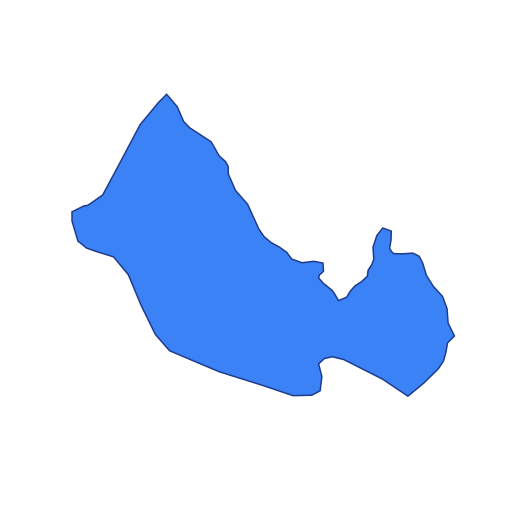 map outline of Karaman (orthographic projection), rotated 251°
{"feature_id": "TUR-3012", "entity_name": "Karaman", "entity_type": "Province", "adm_level": 1, "iso_a3": "TUR", "parent_name": "Turkey", "parent_adm1": "", "projection": "orthographic", "projection_center": [33.206, 37.039], "detail": "fine", "context": "isolated", "style": "filled", "palette": "blue", "viewbox_px": 512, "rotation_deg": 251, "n_neighbors": 0, "source": "natural_earth", "source_scale": "10m", "svg_char_len": 1241}
<svg xmlns="http://www.w3.org/2000/svg" viewBox="0 0 512 512"><g transform="rotate(251 256 256)"><path d="M328.0,92.5L348.9,93.4L357.7,96.4L359.4,109.6L358.7,113.6L363.6,130.9L387.9,157.1L405.3,175.7L418.0,189.3L432.7,213.4L438.0,224.1L422.9,230.1L406.7,231.4L399.0,234.9L378.5,250.8L362.8,253.7L355.0,258.0L349.7,258.8L342.3,256.5L324.6,258.0L307.6,264.9L280.3,267.5L271.5,270.0L263.7,274.7L256.8,281.0L249.6,286.2L241.5,288.8L234.7,297.2L232.1,309.1L227.5,317.0L219.7,314.9L218.1,311.6L217.5,309.7L214.7,308.1L208.4,310.7L198.7,316.8L195.1,317.9L187.0,319.5L187.5,328.2L192.0,333.6L195.5,339.8L197.5,347.7L200.7,354.8L206.1,357.4L210.1,362.6L214.7,366.4L226.1,369.4L236.0,376.9L241.2,385.0L235.5,392.0L227.2,388.9L219.8,384.8L216.4,385.5L213.4,386.9L210.3,395.5L207.7,405.2L202.6,410.2L195.4,411.3L182.2,410.8L169.5,413.8L157.1,419.2L144.1,419.5L130.0,415.8L115.8,417.6L111.6,408.9L103.1,404.2L95.8,399.2L90.0,391.7L81.3,373.4L74.0,354.0L98.3,335.6L129.4,305.4L135.9,295.3L136.8,287.2L133.6,280.1L120.6,279.0L107.7,272.8L106.2,263.4L111.9,245.5L132.2,219.2L158.3,183.8L183.5,155.7L194.6,143.4L214.7,135.3L246.9,131.3L279.9,129.2L301.6,121.0L312.0,106.8L318.4,98.6L328.0,92.5Z" fill="#3b82f6" stroke="#1e3a8a" stroke-width="1.5"/></g></svg>